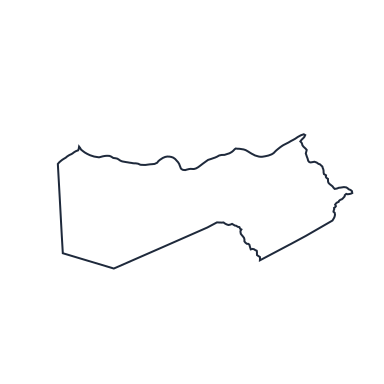 Sítio do Mato, Bahia, Brazil, rotated 243°
{"feature_id": "56859067B96329071012082", "entity_name": "Sítio do Mato", "entity_type": "district", "adm_level": 2, "iso_a3": "BRA", "parent_name": "Brazil", "parent_adm1": "Bahia", "projection": "robinson", "projection_center": [-43.472, -12.868], "detail": "fine", "context": "isolated", "style": "outline", "palette": "slate", "viewbox_px": 384, "rotation_deg": 243, "n_neighbors": 0, "source": "geoboundaries", "source_scale": "gbopen_adm2", "svg_char_len": 3380}
<svg xmlns="http://www.w3.org/2000/svg" viewBox="0 0 384 384"><g transform="rotate(243 192 192)"><path d="M283.7,112.0L281.8,110.6L280.8,109.4L281.0,108.1L281.1,106.7L280.9,104.6L280.6,103.1L280.5,101.8L280.6,99.6L280.5,98.3L280.3,96.6L279.9,95.1L279.8,93.3L279.6,91.1L279.2,89.1L278.7,87.1L277.9,85.2L246.4,71.3L213.0,56.5L196.1,49.1L189.6,55.9L159.3,87.6L156.1,142.2L153.4,189.6L153.6,200.4L152.7,202.0L151.9,203.4L151.2,204.7L150.5,206.3L149.2,206.9L148.0,207.7L146.9,208.6L146.0,209.6L145.5,211.6L145.4,213.2L144.0,214.1L142.7,214.9L141.8,216.1L140.3,216.9L139.2,218.3L137.4,218.2L136.2,219.0L135.2,217.4L133.9,216.9L132.6,216.5L131.0,216.8L128.9,217.3L127.4,217.5L126.0,217.2L124.2,216.3L122.6,216.6L120.9,217.4L120.2,218.7L118.9,219.2L117.2,218.8L114.2,218.3L113.8,220.1L112.8,221.3L111.5,222.0L110.3,223.0L109.0,222.6L107.5,221.8L106.2,221.3L104.8,222.1L103.2,223.0L101.7,222.3L100.3,221.5L100.8,254.4L100.8,256.3L101.2,273.5L102.8,304.2L103.8,305.8L104.7,307.2L105.6,308.1L106.8,309.1L108.8,309.7L110.2,309.1L111.2,309.9L112.1,310.9L113.3,311.3L113.5,312.7L114.1,313.8L115.8,313.8L116.5,315.3L116.8,316.8L116.6,318.1L117.4,319.1L117.7,320.7L117.5,322.2L117.8,323.5L118.3,324.7L118.7,325.9L119.8,326.7L120.3,328.6L119.3,329.7L118.7,331.5L118.4,332.8L118.3,334.3L120.1,334.9L121.8,334.2L123.4,332.8L124.7,332.4L126.1,331.5L127.4,329.6L128.1,327.5L128.5,326.3L129.1,324.8L129.3,322.7L130.0,320.5L131.7,320.0L133.2,319.8L134.3,319.3L135.8,318.6L137.0,318.1L138.1,317.8L139.3,317.9L140.5,318.4L142.0,319.1L143.3,318.3L144.7,318.1L146.0,319.0L148.1,317.7L149.6,318.1L151.3,318.9L152.7,319.3L154.2,319.4L155.5,319.7L157.6,318.9L158.7,318.5L159.6,317.5L161.6,316.5L163.4,314.8L163.9,313.0L164.5,311.1L165.4,310.1L167.1,309.7L169.4,310.2L171.5,310.4L173.3,310.7L174.7,310.9L175.8,311.9L177.4,313.3L179.1,312.9L181.8,311.9L183.5,311.6L184.7,311.9L186.2,312.0L187.9,311.5L188.8,313.4L189.4,315.4L190.0,317.0L191.3,318.7L192.7,317.8L193.1,314.9L193.0,311.2L192.6,308.2L192.5,305.6L192.5,303.6L192.3,300.4L192.3,298.1L192.3,296.1L192.3,294.6L192.1,292.7L191.8,290.7L191.2,287.8L190.8,286.0L190.3,284.4L189.6,282.4L189.4,280.1L189.8,276.6L190.6,273.5L191.5,270.6L192.2,269.2L193.1,267.8L194.1,266.7L196.0,264.7L197.6,263.6L199.1,262.5L200.9,261.4L202.9,260.2L205.0,258.8L206.5,257.3L207.8,255.5L208.9,254.0L210.0,252.0L210.9,250.7L210.7,249.4L210.0,247.4L209.6,245.5L209.5,242.9L209.9,240.5L210.3,237.9L210.9,236.6L211.6,235.1L212.2,232.8L212.1,230.5L212.2,228.3L212.5,226.2L212.8,223.9L213.3,220.9L212.9,218.2L212.3,214.4L211.8,211.7L211.3,208.8L211.2,206.2L211.6,204.2L212.4,202.7L213.3,201.2L213.8,199.7L214.3,197.6L214.6,195.9L215.8,194.0L217.2,193.0L218.4,192.8L220.0,193.0L221.3,193.1L222.8,193.3L224.9,193.1L226.7,192.6L229.0,192.0L231.1,190.9L232.6,189.5L233.8,187.9L234.8,186.1L235.4,184.1L235.6,181.5L235.4,179.7L235.2,177.9L234.7,175.9L233.9,174.3L234.0,171.4L234.9,169.1L235.7,167.2L236.7,164.4L237.2,162.9L238.1,161.2L238.9,159.7L239.8,158.3L241.7,156.8L243.0,155.0L243.7,153.7L244.4,152.5L245.3,151.4L246.6,149.5L247.6,148.2L248.6,146.8L250.8,143.9L251.6,143.1L252.8,142.2L254.3,141.4L255.6,140.6L256.7,139.3L258.1,137.3L260.3,136.0L261.6,134.9L262.6,133.2L263.3,131.7L263.8,130.3L264.3,128.6L264.7,126.7L265.1,124.9L268.0,120.9L271.1,117.8L273.6,115.9L275.9,114.4L277.9,113.4L280.1,112.4L282.0,112.3L283.7,112.0Z" fill="none" stroke="#1e293b" stroke-width="2"/></g></svg>